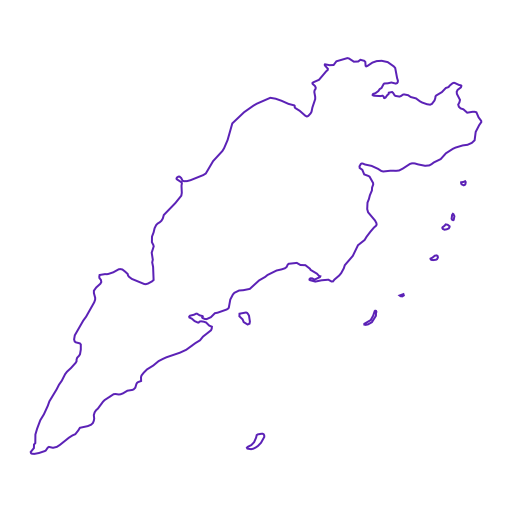 Guanaja, Islas de la Bahía, Honduras
{"feature_id": "27666195B63359869130293", "entity_name": "Guanaja", "entity_type": "district", "adm_level": 2, "iso_a3": "HND", "parent_name": "Honduras", "parent_adm1": "Islas de la Bahía", "projection": "albers", "projection_center": [-85.876, 16.459], "detail": "fine", "context": "isolated", "style": "outline", "palette": "violet", "viewbox_px": 512, "rotation_deg": 0, "n_neighbors": 0, "source": "geoboundaries", "source_scale": "gbopen_adm2", "svg_char_len": 5976}
<svg xmlns="http://www.w3.org/2000/svg" viewBox="0 0 512 512"><path d="M375.4,93.2L378.3,91.1L379.7,89.1L381.5,88.0L383.6,84.1L384.3,83.5L387.8,83.3L391.4,82.5L395.8,83.6L397.1,83.1L397.8,82.0L397.9,80.6L397.1,78.1L395.2,68.0L393.8,66.4L387.7,62.1L381.7,60.8L376.7,61.1L372.4,62.6L367.5,65.9L366.2,66.4L365.6,65.8L365.3,61.9L364.2,60.8L360.4,59.8L358.2,61.5L353.9,61.7L349.0,58.5L347.4,58.1L336.4,61.3L333.6,65.0L329.7,65.2L325.0,64.3L324.7,64.9L325.1,65.7L327.9,68.8L327.7,70.0L326.2,71.3L319.0,79.8L313.1,82.4L312.4,83.1L312.7,84.0L314.9,85.9L315.7,87.5L315.6,88.8L314.6,90.3L314.3,92.0L315.2,96.9L315.2,99.1L312.4,107.5L311.5,111.8L310.6,113.4L308.3,115.9L306.9,116.5L305.4,115.8L299.7,110.8L295.2,108.0L294.7,107.2L294.7,105.9L294.3,105.4L288.5,103.9L281.6,100.8L275.6,98.7L270.3,97.8L256.8,103.7L253.5,105.6L244.1,112.2L232.3,123.4L227.6,140.0L224.1,148.2L222.4,151.0L213.1,161.1L205.8,173.5L203.2,175.1L190.5,180.2L187.1,181.1L184.3,181.2L182.6,180.8L181.2,178.0L179.6,176.6L178.4,176.6L177.0,177.5L176.5,178.4L176.7,179.2L181.3,182.2L181.9,183.1L181.5,185.8L181.8,192.9L181.3,195.7L175.4,203.0L163.8,215.0L162.8,218.5L161.4,220.8L159.7,222.3L157.7,223.5L156.2,225.0L154.6,228.2L153.6,232.4L152.0,236.6L151.9,242.2L153.3,244.9L153.7,246.4L151.7,252.7L152.8,259.7L152.2,262.4L153.1,266.9L153.6,280.0L152.0,281.4L147.9,283.6L145.7,284.2L144.2,284.0L131.8,278.9L128.9,276.7L128.0,275.4L127.7,274.0L125.1,271.6L122.4,269.5L120.4,269.1L118.7,269.3L113.3,272.3L108.5,273.9L107.0,274.2L105.0,274.1L99.6,275.0L99.3,276.5L99.4,278.0L100.9,279.9L101.3,282.0L100.4,283.7L96.2,287.5L93.9,290.7L93.9,293.1L95.2,297.9L95.1,299.8L94.2,302.3L86.1,316.7L83.3,320.5L74.8,335.3L74.1,339.4L74.7,341.5L75.7,342.3L79.9,343.4L80.8,344.5L80.8,349.6L80.0,354.2L79.1,355.7L77.2,357.7L76.6,359.4L76.5,361.4L75.6,362.9L71.0,368.0L67.0,371.7L65.1,374.2L61.8,380.7L59.0,384.7L56.6,389.4L49.4,401.3L47.8,405.8L43.9,414.3L40.3,420.2L37.1,428.7L35.4,434.5L35.3,443.1L34.0,444.5L33.9,448.1L30.7,452.0L31.1,453.3L31.9,453.7L34.3,453.9L39.0,453.0L44.7,451.1L45.7,450.6L47.8,447.6L48.9,446.9L53.0,447.8L56.8,446.9L59.9,444.9L68.9,437.7L72.5,435.4L75.3,434.2L78.3,430.4L79.9,427.8L87.8,426.1L91.1,424.7L92.9,423.0L93.8,420.8L94.2,418.6L93.8,415.1L94.7,412.2L96.1,410.2L97.9,408.6L103.0,401.7L104.7,400.0L113.6,394.2L115.5,394.0L118.7,394.5L120.5,394.3L122.9,393.4L127.4,390.7L132.4,389.9L133.6,389.4L135.3,387.7L136.4,384.0L137.1,382.8L138.1,382.1L141.1,381.0L141.0,377.2L141.5,375.5L143.7,372.7L147.0,369.4L153.3,365.5L158.6,361.1L162.9,358.9L166.4,357.3L179.9,352.7L186.2,349.8L195.4,343.1L200.0,340.3L203.0,336.6L211.0,330.3L211.7,328.7L211.9,326.7L209.2,325.6L206.1,322.5L203.8,321.7L201.0,321.3L199.6,321.6L198.6,322.6L197.7,322.5L194.6,321.1L191.9,318.7L189.4,317.5L189.2,316.6L190.0,315.7L194.1,314.7L196.1,313.7L197.0,313.7L199.6,315.3L202.6,316.1L202.8,316.5L202.2,317.6L202.7,318.1L204.9,319.0L206.6,319.1L210.9,317.2L214.9,313.2L217.6,312.7L226.7,309.5L228.2,308.5L228.8,307.7L230.3,299.5L232.9,294.5L234.4,292.8L239.1,290.5L243.3,290.2L249.8,288.9L259.1,280.4L265.2,276.9L267.5,275.0L276.6,270.5L281.5,269.4L284.9,268.3L286.6,267.0L287.7,264.7L288.6,263.8L296.8,262.9L300.4,265.0L305.4,265.2L309.9,268.7L310.6,269.9L317.0,273.7L319.0,275.9L320.3,276.3L319.9,277.1L314.6,279.6L312.0,278.3L310.4,278.3L309.5,279.2L309.5,279.8L310.1,280.2L315.3,281.6L321.5,280.3L328.4,279.7L331.5,281.5L333.0,281.4L334.4,279.6L339.2,275.5L341.2,273.1L343.8,268.3L344.8,265.2L352.8,255.9L358.0,245.2L364.6,240.0L366.6,236.7L370.4,231.7L374.0,227.5L376.1,225.7L376.6,224.7L376.4,223.1L375.0,220.5L368.1,212.3L367.2,209.1L367.5,202.6L368.9,199.1L369.9,195.2L371.9,190.5L372.1,187.5L373.2,184.5L373.1,183.0L369.6,176.7L368.5,176.0L364.2,174.4L362.3,169.8L359.7,168.0L359.5,166.3L360.9,163.9L361.6,163.5L362.6,163.5L365.0,164.5L371.6,165.9L378.1,168.9L381.3,171.0L383.3,171.5L390.6,170.7L396.3,170.8L399.1,170.5L402.8,168.6L410.0,163.9L412.1,163.3L414.7,163.4L418.1,164.4L425.1,165.8L429.3,165.4L431.5,164.2L433.9,162.4L440.7,159.1L445.9,153.3L452.9,148.8L455.5,147.6L462.8,145.4L467.5,144.8L471.8,142.9L474.6,140.3L475.7,131.9L479.2,125.1L481.3,122.1L481.2,120.9L478.6,117.4L476.4,112.3L474.7,111.8L472.5,111.8L467.2,112.7L463.4,109.3L460.6,108.4L458.9,106.8L458.2,104.6L459.4,102.4L460.0,99.9L456.9,93.9L456.7,91.8L457.6,89.9L460.9,87.4L461.4,85.9L460.9,85.3L459.1,85.0L454.6,82.9L453.5,82.9L452.5,83.3L449.8,85.5L448.5,87.1L445.8,88.0L441.9,92.1L436.2,95.5L435.5,96.4L435.3,98.1L434.5,100.5L431.9,103.9L430.1,104.7L426.9,104.2L422.1,102.5L419.9,101.3L416.0,98.4L410.7,97.0L408.1,95.2L404.0,94.4L402.8,94.7L401.2,95.9L399.5,96.6L395.4,95.9L394.6,95.3L393.1,92.9L392.1,92.0L388.8,92.7L388.5,94.2L387.3,95.1L385.6,97.5L384.6,98.1L384.0,97.9L383.7,96.7L382.6,95.7L380.5,96.1L373.9,95.7L372.7,95.2L372.7,94.5L373.2,93.9L375.4,93.2ZM251.1,449.2L253.3,448.7L255.7,447.5L257.9,446.0L261.0,442.8L264.3,436.9L264.2,435.3L263.6,434.2L262.5,433.7L261.1,433.8L257.8,434.4L256.7,435.1L256.1,437.6L254.1,442.2L251.3,445.1L247.8,446.8L246.9,447.7L247.4,448.6L251.1,449.2ZM247.6,324.5L249.5,323.7L249.9,321.6L249.0,315.7L248.1,314.1L247.1,312.9L246.0,312.5L239.5,313.7L239.4,316.3L242.6,319.4L243.7,322.1L247.6,324.5ZM365.5,324.9L368.0,324.4L371.9,322.2L375.9,315.8L376.0,312.9L376.4,311.9L376.0,310.9L375.2,310.7L374.7,311.1L373.2,315.6L370.7,320.1L364.3,323.8L364.3,324.6L365.5,324.9ZM444.5,229.7L446.7,229.3L448.8,228.4L449.6,226.9L449.6,226.3L447.7,224.8L445.7,224.4L444.5,225.8L442.6,227.2L442.3,227.9L442.8,228.9L444.5,229.7ZM433.3,260.1L436.1,259.7L437.0,259.2L437.9,257.6L437.7,256.2L436.7,255.4L434.8,255.7L432.5,257.6L430.5,258.6L430.6,259.2L431.3,259.9L433.3,260.1ZM463.7,185.3L464.8,184.9L465.4,184.1L465.7,182.1L465.1,181.2L463.6,181.9L461.1,182.3L461.2,183.5L461.6,184.3L463.7,185.3ZM453.1,220.2L453.7,219.8L454.4,216.2L453.4,214.1L452.9,213.8L452.1,215.0L451.6,218.8L452.2,219.8L453.1,220.2ZM402.3,296.4L403.8,295.4L403.4,294.1L399.6,295.5L400.5,296.2L402.3,296.4Z" fill="none" stroke="#5b21b6" stroke-width="2"/></svg>